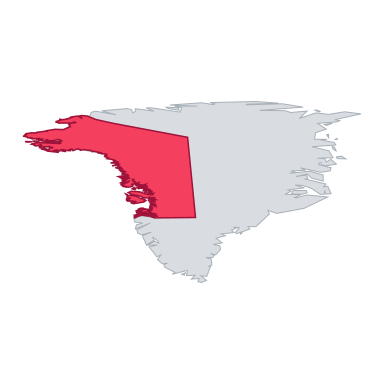 Greenland, with Qaasuitsup Kommunia highlighted
{"feature_id": "GRL-2743", "entity_name": "Qaasuitsup Kommunia", "entity_type": "state/province", "adm_level": 1, "iso_a3": "GRL", "parent_name": "Greenland", "parent_adm1": "", "projection": "natural_earth1", "projection_center": [-56.716, 74.362], "detail": "fine", "context": "in_parent", "style": "filled", "palette": "rose", "viewbox_px": 384, "rotation_deg": 0, "n_neighbors": 0, "source": "natural_earth", "source_scale": "10m", "svg_char_len": 9676}
<svg xmlns="http://www.w3.org/2000/svg" viewBox="0 0 384 384"><path d="M256.0,101.5L278.6,103.2L246.3,104.2L246.3,104.8L282.4,103.8L303.1,107.1L259.7,110.4L285.3,110.7L290.7,112.5L307.1,111.1L299.4,118.4L316.0,112.9L328.5,114.4L344.6,111.8L361.0,113.9L334.8,119.7L339.7,120.7L337.2,121.8L317.7,123.4L326.3,129.1L315.6,132.7L314.5,139.3L327.2,139.3L320.7,140.0L334.3,142.5L335.8,145.0L311.8,146.7L328.9,150.8L333.0,157.8L317.3,158.2L324.7,158.6L326.4,161.9L330.8,159.3L336.4,164.1L326.0,165.8L320.8,164.8L321.4,163.0L320.0,162.4L318.5,164.5L331.1,167.8L330.3,170.8L320.5,172.3L300.5,167.8L305.5,170.2L290.9,171.0L295.5,172.4L289.6,173.3L309.6,171.2L323.1,175.0L323.2,181.1L311.7,178.2L307.3,174.0L295.8,176.5L306.5,175.1L307.9,178.1L305.1,179.0L326.0,184.1L323.5,186.9L327.7,186.2L331.1,193.7L325.9,194.2L324.8,191.0L324.1,194.4L320.2,194.3L311.2,188.2L302.5,185.4L295.1,185.0L304.4,187.8L288.2,190.0L291.0,191.2L285.0,194.3L300.8,194.7L294.5,197.6L296.1,197.9L306.8,195.0L327.7,197.0L303.9,208.4L276.8,213.4L267.8,210.4L269.4,214.0L255.8,226.7L248.0,226.6L249.8,229.1L236.9,233.6L235.2,232.6L239.2,227.7L233.5,227.1L236.2,228.1L231.6,230.2L233.9,232.6L221.4,233.9L225.4,235.7L216.0,238.2L222.3,242.9L213.4,244.4L219.8,245.8L220.6,249.2L215.7,254.8L210.4,253.5L214.2,255.5L212.5,257.5L205.8,257.6L211.1,258.9L211.9,265.0L208.9,266.2L210.6,266.5L206.7,276.4L200.8,275.8L206.5,280.4L201.4,282.5L197.9,281.6L199.0,278.5L191.3,279.1L195.2,275.2L186.6,275.6L187.4,270.4L172.3,274.3L174.9,272.3L164.6,267.2L163.9,264.7L167.5,263.1L162.3,263.8L157.5,259.7L160.8,254.9L156.9,256.8L149.0,246.8L157.3,245.1L147.9,245.1L154.4,241.2L158.8,243.1L158.0,241.0L152.5,236.9L154.1,240.2L146.5,245.0L142.3,235.8L151.4,232.1L142.2,234.7L138.0,233.6L136.7,229.8L150.3,223.0L135.3,229.0L136.4,224.9L142.9,223.0L134.7,222.1L133.9,218.6L141.9,215.8L153.9,217.7L142.9,215.2L134.3,217.6L137.8,212.2L147.6,213.4L150.1,210.8L136.3,211.5L138.4,209.0L150.3,209.1L152.3,207.5L149.5,207.9L150.4,204.8L155.3,204.5L150.5,204.1L154.8,197.6L142.9,197.4L128.9,192.3L152.5,194.7L145.6,189.8L150.2,189.9L137.4,187.5L145.4,184.6L135.4,185.4L137.1,183.6L133.9,179.3L132.3,179.6L135.2,182.9L132.2,186.3L122.3,185.6L126.8,179.3L122.3,180.7L124.0,179.3L122.2,178.6L127.3,175.3L121.8,174.3L124.0,171.8L119.1,170.1L120.7,168.5L118.4,165.7L112.5,165.7L118.2,162.7L104.7,156.5L106.6,155.4L105.0,154.0L77.5,149.1L48.3,151.0L41.8,148.8L49.9,146.9L32.8,143.9L61.1,140.7L43.4,141.1L24.4,135.9L31.5,132.9L64.6,129.1L74.3,122.9L57.8,121.7L72.9,117.0L89.8,116.1L91.3,112.3L95.5,111.2L116.0,114.7L101.8,110.8L127.1,108.6L131.8,109.7L132.6,112.8L135.3,111.5L135.3,108.7L154.1,111.2L146.1,107.9L151.2,107.8L180.2,112.1L181.7,107.8L174.8,106.2L197.1,106.2L169.8,105.0L201.7,102.8L213.8,104.7L214.7,103.8L210.1,102.6L256.0,101.5ZM129.9,195.3L145.3,201.0L133.9,203.7L126.6,200.1L130.2,198.3L127.1,196.8L129.9,195.3ZM306.4,190.5L307.1,192.7L302.4,194.2L291.3,194.0L293.1,190.6L306.4,190.5ZM179.2,110.2L168.8,108.6L165.4,107.1L178.5,107.8L179.2,110.2ZM332.4,123.3L326.7,125.4L323.7,124.5L332.4,123.3ZM341.4,156.1L345.9,158.9L337.0,158.6L336.6,156.8L341.4,156.1ZM336.5,151.4L332.7,148.6L332.2,146.6L334.2,147.0L336.5,151.4ZM124.5,175.6L122.4,177.7L118.5,176.5L124.5,175.6ZM320.6,111.6L318.7,111.8L314.9,110.2L316.3,109.9L320.6,111.6ZM152.7,199.0L149.4,201.4L148.6,199.0L152.7,199.0ZM328.6,134.3L328.7,137.7L326.6,134.8L328.6,134.3ZM31.5,141.6L28.0,142.1L25.4,141.6L31.5,141.6ZM134.5,187.6L132.7,189.2L132.3,188.9L134.5,187.6ZM337.3,139.3L334.6,139.6L337.1,138.3L337.3,139.3ZM185.4,272.8L184.3,275.2L181.6,274.2L185.4,272.8ZM146.3,191.1L143.6,190.9L143.4,190.7L144.4,190.1L146.3,191.1ZM241.9,233.0L240.6,234.1L240.2,232.8L241.9,233.0Z" fill="#d9dde1" stroke="#a8b0b8" stroke-width="1"/><path d="M50.6,147.3L50.1,146.5L43.4,146.8L38.6,145.8L42.0,144.4L36.1,146.0L33.6,145.2L35.4,144.9L31.4,144.2L32.6,143.4L35.5,143.3L34.3,143.0L41.1,142.7L60.3,143.6L59.8,143.4L61.4,143.0L44.7,142.4L54.3,141.7L61.1,142.6L58.7,141.4L62.3,140.9L58.6,139.5L58.9,139.3L53.5,140.6L49.1,140.8L47.1,139.6L46.6,139.7L47.7,140.7L44.2,141.2L38.2,140.3L42.7,139.5L42.8,139.0L36.1,139.5L40.2,138.4L32.5,138.9L31.8,138.7L33.2,138.2L27.4,137.7L27.2,136.9L23.0,136.2L26.6,135.2L24.4,135.0L25.9,134.4L25.5,134.2L26.1,133.6L32.0,132.8L36.2,133.1L36.6,132.4L45.8,131.1L47.8,131.4L45.7,130.8L55.2,129.3L62.9,129.6L64.8,129.3L64.1,129.3L70.3,126.7L69.4,125.8L69.9,125.0L68.9,124.5L69.9,123.8L69.5,123.4L76.5,122.5L74.4,122.4L74.1,121.8L72.7,122.8L70.1,123.0L58.4,123.1L58.3,122.6L56.0,122.1L56.2,121.4L60.1,120.5L60.4,119.9L67.2,119.1L66.2,118.9L69.8,118.3L70.1,117.6L71.8,117.4L71.4,117.0L77.7,116.0L82.3,118.5L79.3,116.0L81.4,115.5L87.5,116.1L95.9,119.5L113.1,123.3L187.6,137.3L195.5,217.5L154.3,217.9L152.2,217.1L153.9,216.7L155.9,216.0L158.1,216.3L155.9,216.0L151.4,216.9L152.1,216.7L149.4,216.2L151.4,216.2L156.0,215.2L152.7,214.6L152.1,215.0L153.6,215.1L150.3,215.8L149.1,214.8L151.5,214.8L151.1,214.0L147.8,214.4L149.3,215.3L148.4,216.1L143.0,215.3L147.5,214.1L138.8,215.9L134.6,217.9L134.1,217.1L135.4,216.2L134.5,215.4L137.1,215.5L135.8,214.9L136.4,214.7L136.9,215.2L137.7,215.2L137.0,215.0L138.5,214.8L136.8,214.6L139.5,214.0L137.2,213.7L143.8,214.5L144.7,214.1L140.3,214.0L137.7,212.9L138.1,212.4L135.9,212.7L136.8,212.4L138.0,212.3L142.2,213.3L140.0,212.5L145.5,213.5L149.9,213.3L154.1,214.7L156.7,214.3L148.5,212.3L151.5,212.4L148.9,211.8L150.3,211.5L150.2,210.5L152.6,209.9L152.1,209.8L147.1,210.5L149.8,211.5L142.2,212.4L141.8,211.5L139.1,211.8L141.3,211.1L136.6,211.7L136.3,211.2L138.2,211.3L142.5,209.8L141.1,209.6L150.2,209.3L150.9,209.2L150.6,208.2L152.0,208.9L152.3,208.4L151.1,208.0L153.2,207.2L149.3,207.8L151.3,206.4L149.9,206.7L150.5,204.8L152.5,204.9L151.1,205.5L153.3,205.2L154.9,206.6L154.2,205.8L155.3,205.3L155.9,206.1L155.8,205.2L152.9,204.8L156.3,204.4L154.2,204.2L154.8,203.1L153.5,204.1L150.2,204.1L151.7,203.5L151.0,203.2L151.9,203.1L151.7,202.1L155.8,201.6L151.6,201.8L152.2,200.6L154.5,201.0L152.0,200.1L155.8,199.7L153.2,198.4L155.4,197.5L149.1,198.1L151.5,197.6L149.3,197.2L148.0,198.1L142.5,197.4L140.7,196.1L132.0,194.5L128.3,192.6L131.1,191.3L139.5,191.8L147.2,194.4L153.4,195.0L152.5,194.6L153.4,193.6L150.6,194.5L148.4,193.3L149.3,192.8L151.2,193.8L152.1,193.5L150.7,192.8L152.6,192.7L149.9,192.6L149.9,191.8L147.7,192.0L148.9,191.4L151.6,192.1L152.7,192.0L150.9,191.4L151.3,190.9L144.5,189.7L149.1,190.2L150.9,189.7L147.4,189.4L148.9,188.8L142.7,188.9L147.0,187.8L146.3,187.0L140.8,188.5L142.6,187.8L142.6,187.0L148.0,186.0L141.6,187.0L138.1,186.6L145.4,185.2L146.1,184.2L143.1,185.1L136.4,184.3L138.6,183.4L138.5,182.8L139.9,182.0L135.8,183.8L135.5,181.8L133.7,181.1L132.7,179.5L134.5,179.3L132.6,179.3L132.1,179.5L132.9,180.8L135.6,183.3L132.4,184.1L133.4,184.9L131.3,184.3L132.9,185.6L132.5,186.4L128.2,187.2L124.4,186.0L125.2,186.9L122.8,186.4L121.8,185.0L122.4,184.9L120.4,184.6L124.3,183.8L123.9,183.0L126.8,182.8L128.5,181.8L129.6,180.3L128.0,181.9L124.3,182.6L122.2,182.2L126.5,180.1L126.1,179.3L127.7,179.2L121.9,178.6L123.1,178.0L130.1,178.3L125.7,178.0L128.0,177.2L126.5,176.8L128.6,176.0L126.2,176.0L128.2,175.6L126.7,174.6L127.1,174.3L121.6,173.8L123.7,172.9L123.2,172.8L124.9,172.9L123.0,172.3L125.2,171.5L119.3,169.3L120.7,169.1L119.5,169.0L120.0,168.5L121.3,168.9L122.0,168.8L120.1,167.7L121.8,167.6L119.0,166.6L119.9,166.5L117.3,166.2L118.6,165.8L117.9,165.8L119.0,164.6L112.0,165.9L117.9,164.4L115.5,164.0L119.0,163.7L115.0,163.3L118.9,163.0L116.2,162.1L116.9,161.8L112.9,161.1L115.0,160.5L113.5,159.7L107.1,158.7L108.4,157.9L105.4,156.8L106.6,156.1L103.9,156.5L106.8,155.8L106.9,155.2L105.5,154.9L106.2,154.3L104.6,154.1L105.7,153.8L102.0,153.9L100.6,153.4L101.4,152.9L100.7,152.6L97.7,153.2L98.8,152.3L93.6,151.2L92.1,151.7L91.1,150.5L83.4,149.6L80.3,150.3L80.1,149.5L77.1,148.9L73.1,150.7L72.3,150.2L72.4,149.3L70.9,149.1L71.2,149.8L69.4,149.8L69.9,150.7L65.6,150.4L65.4,151.5L62.4,151.0L64.4,150.0L63.3,149.7L60.6,149.7L59.3,151.1L56.5,149.8L54.2,150.5L58.8,152.4L47.6,151.1L46.9,150.8L47.5,150.5L40.9,148.9L44.2,148.0L47.1,149.5L49.2,149.5L49.4,147.9L52.5,147.9L52.6,147.3L50.6,147.3ZM143.8,202.0L133.3,203.7L130.6,202.6L136.0,202.3L134.9,202.0L136.3,201.1L133.4,202.1L133.9,201.7L132.3,201.8L132.7,201.0L127.7,201.1L126.1,200.2L129.9,200.4L126.5,198.9L127.5,198.1L130.8,198.5L127.1,197.1L127.5,195.9L130.1,195.3L136.7,196.2L140.1,198.4L144.6,199.4L145.2,199.9L144.5,200.4L145.6,200.7L143.8,202.0ZM149.3,198.5L151.9,198.6L152.8,199.1L151.0,200.0L151.1,201.3L149.8,201.7L148.4,200.1L150.7,198.7L148.5,199.0L149.3,198.5ZM142.2,187.6L138.4,188.7L137.0,187.3L142.2,187.6ZM135.0,189.6L132.2,188.8L134.4,187.4L135.8,188.8L135.0,189.6ZM25.0,141.5L32.0,141.7L27.4,142.1L25.0,141.5ZM123.6,177.5L120.7,177.3L122.1,176.2L126.0,175.8L123.6,177.5ZM34.6,141.0L39.4,141.5L32.3,141.2L34.6,141.0ZM125.7,179.1L123.6,180.8L121.7,180.6L123.2,180.0L122.1,179.7L125.7,179.1ZM137.4,185.7L135.1,184.8L139.5,184.7L137.4,185.7ZM120.0,168.0L117.9,168.3L115.1,167.6L120.0,168.0ZM144.1,208.2L142.3,208.5L137.9,209.3L140.8,208.1L144.1,208.2ZM143.9,190.1L146.9,190.9L143.3,190.8L143.9,190.1ZM116.7,162.9L112.7,163.1L110.5,162.9L115.5,162.4L116.7,162.9ZM121.6,174.3L122.6,173.9L125.4,174.7L121.6,174.3ZM121.9,176.1L119.4,177.0L118.4,176.6L121.9,176.1ZM41.5,147.2L40.8,147.8L38.8,147.5L41.5,147.2ZM121.0,183.0L122.5,182.6L123.4,182.9L122.5,183.5L121.0,183.0ZM137.3,210.4L138.7,209.9L139.6,210.5L138.1,211.0L137.3,210.4ZM119.1,170.0L120.1,169.9L122.9,171.0L121.2,171.3L121.8,170.6L119.1,170.0ZM128.1,194.8L126.5,194.9L125.8,194.0L128.1,194.8ZM142.3,209.1L146.1,208.8L144.2,209.3L142.3,209.1ZM61.4,119.4L59.6,119.4L59.2,119.1L61.4,119.4ZM145.4,191.9L147.4,192.5L145.2,192.1L145.4,191.9Z" fill="#f43f5e" stroke="#9f1239" stroke-width="1.5"/></svg>